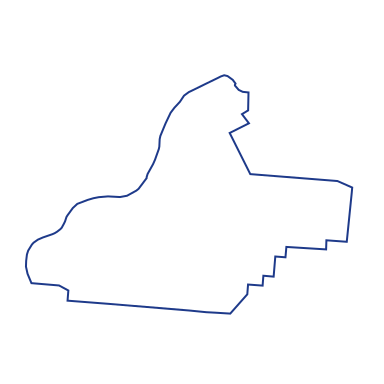 Clark, Indiana, United States of America, rotated 185°
{"feature_id": "52423323B43652235718756", "entity_name": "Clark", "entity_type": "district", "adm_level": 2, "iso_a3": "USA", "parent_name": "United States of America", "parent_adm1": "Indiana", "projection": "mercator", "projection_center": [-85.662, 38.437], "detail": "fine", "context": "isolated", "style": "outline", "palette": "blue", "viewbox_px": 384, "rotation_deg": 185, "n_neighbors": 0, "source": "geoboundaries", "source_scale": "gbopen_adm2", "svg_char_len": 1213}
<svg xmlns="http://www.w3.org/2000/svg" viewBox="0 0 384 384"><g transform="rotate(185 192 192)"><path d="M32.8,205.2L32.8,210.4L48.1,215.6L73.6,215.4L135.5,214.9L159.6,254.1L141.3,265.4L149.0,273.9L143.2,278.2L144.4,296.1L150.2,296.2L154.4,297.8L158.5,301.8L158.6,302.4L158.1,303.8L161.2,307.3L166.7,310.6L170.1,311.1L173.4,309.6L176.3,307.8L187.5,301.1L202.4,292.1L203.8,291.3L208.0,287.6L208.4,287.2L211.9,280.8L216.8,274.5L220.2,269.1L224.3,258.1L228.4,245.1L228.8,241.8L228.5,234.3L228.8,231.9L231.2,222.7L231.6,221.1L233.2,216.4L237.8,206.1L238.5,202.8L238.4,201.9L245.5,190.5L247.6,188.5L256.4,182.6L263.3,180.7L275.3,180.3L284.5,178.7L289.7,177.2L295.3,175.0L305.2,170.2L309.3,165.7L314.0,157.9L314.9,156.1L315.9,151.7L316.9,149.1L318.7,145.0L319.9,143.5L322.9,140.7L325.2,139.0L327.4,137.8L336.6,133.7L341.4,131.1L341.5,131.0L345.4,127.7L346.9,125.7L350.1,119.3L351.0,115.3L351.2,109.0L350.9,103.2L348.7,96.2L344.0,87.2L316.3,87.3L306.6,83.1L306.5,72.9L266.2,73.3L183.9,73.7L167.3,73.5L158.6,73.8L143.3,74.2L128.0,94.9L128.1,104.7L113.5,104.9L113.6,114.8L103.3,114.8L103.4,135.0L93.2,135.1L93.2,145.5L53.4,146.5L53.9,155.6L33.5,155.9L32.8,205.2Z" fill="none" stroke="#1e3a8a" stroke-width="2"/></g></svg>